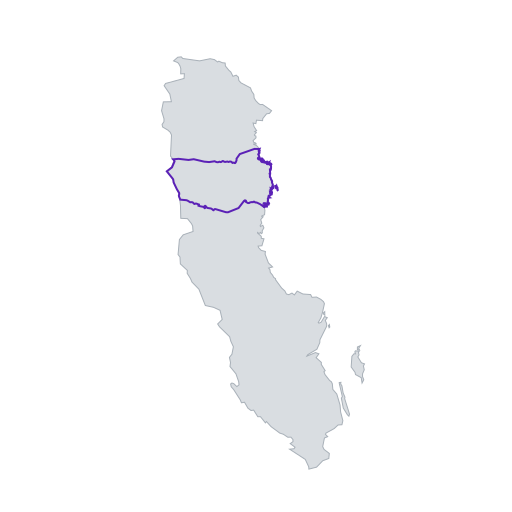 Västerbotten highlighted on a map of Sweden, rotated 325°
{"feature_id": "SWE-192", "entity_name": "Västerbotten", "entity_type": "County", "adm_level": 1, "iso_a3": "SWE", "parent_name": "Sweden", "parent_adm1": "", "projection": "orthographic", "projection_center": [19.633, 64.883], "detail": "fine", "context": "in_parent", "style": "outline", "palette": "violet", "viewbox_px": 512, "rotation_deg": 325, "n_neighbors": 0, "source": "natural_earth", "source_scale": "10m", "svg_char_len": 9454}
<svg xmlns="http://www.w3.org/2000/svg" viewBox="0 0 512 512"><g transform="rotate(325 256 256)"><path d="M164.6,347.9L165.4,352.0L168.2,351.8L169.7,349.1L172.0,341.0L171.3,331.6L174.0,328.7L176.1,323.8L179.9,322.7L185.4,317.4L186.5,311.4L188.1,307.0L185.5,293.1L185.6,289.7L191.9,288.6L195.4,279.9L191.8,273.7L186.1,267.5L190.2,250.4L188.6,240.7L189.4,236.8L189.7,230.7L191.5,228.4L189.5,219.1L193.1,213.3L193.0,210.1L202.7,198.6L208.5,196.9L218.5,199.8L221.3,195.1L221.7,192.4L221.3,186.1L216.0,182.0L223.1,171.3L228.7,160.8L230.4,150.3L231.9,145.8L231.6,135.4L237.8,134.7L243.6,130.8L243.3,125.1L256.2,108.4L256.7,105.4L256.0,102.3L253.5,96.8L254.5,94.4L257.6,93.2L259.3,90.9L262.0,82.8L268.5,76.6L275.2,81.1L278.3,73.9L278.4,63.8L280.9,62.8L298.9,69.3L301.9,65.6L298.8,63.6L301.8,59.5L302.7,57.0L303.0,54.1L302.8,52.6L300.4,48.9L305.9,48.3L309.0,50.0L309.3,52.2L321.7,63.8L331.6,68.1L334.6,71.3L335.8,75.0L337.3,75.1L339.3,78.4L341.4,80.2L339.9,82.8L340.3,88.3L340.9,90.8L340.2,95.6L343.5,96.5L344.2,99.4L342.6,102.4L343.0,105.6L347.9,115.1L347.0,118.4L346.9,122.4L345.1,125.5L344.9,128.6L345.5,132.5L346.3,134.4L348.3,135.6L352.1,145.9L348.8,146.9L346.2,145.6L340.4,147.3L339.0,148.9L334.3,145.0L331.8,147.5L329.9,145.4L328.6,148.9L328.4,153.7L326.3,153.3L327.1,155.1L324.2,155.8L324.0,156.6L324.7,157.7L323.8,159.2L319.8,159.8L319.3,161.4L320.5,163.2L320.5,164.3L317.9,162.7L319.8,166.0L320.2,168.5L314.8,178.5L316.7,181.0L318.4,186.5L320.1,189.0L319.5,191.6L313.6,197.9L310.4,207.6L302.8,214.0L298.9,215.6L296.2,220.2L293.2,218.8L293.1,221.4L291.2,219.7L289.5,223.7L286.7,227.1L283.7,226.5L283.3,227.1L284.3,228.0L280.7,228.9L279.6,232.4L277.0,233.3L276.5,234.4L279.2,234.7L278.6,237.5L275.5,238.9L274.4,240.7L273.0,240.7L273.3,239.3L271.3,239.3L270.8,237.6L270.4,238.0L271.6,242.8L270.5,244.6L272.4,246.5L266.7,251.0L263.4,249.1L262.9,250.5L263.5,254.4L266.3,257.7L264.5,259.7L262.2,268.8L263.3,274.5L259.4,273.1L259.6,275.2L258.3,277.6L258.6,281.3L258.2,283.6L259.0,285.8L258.4,286.8L258.6,296.9L259.6,301.2L259.1,304.6L260.7,306.5L264.2,307.0L265.1,309.9L269.6,308.4L272.6,314.0L278.6,318.9L278.2,322.0L282.0,324.3L284.2,328.6L285.1,332.1L284.7,334.3L278.5,340.0L273.7,343.9L268.8,346.2L269.0,347.1L271.4,347.6L277.4,344.9L279.0,347.4L275.8,348.5L275.1,351.8L273.7,354.0L260.3,361.3L258.5,363.6L252.4,367.3L241.8,366.5L240.2,367.2L249.3,369.2L251.4,372.2L246.9,373.8L248.5,380.6L247.3,382.2L246.9,389.6L245.3,389.7L244.5,392.7L244.9,400.2L245.6,402.3L245.2,404.5L242.4,409.4L243.0,415.4L239.4,426.2L235.8,432.4L232.7,440.7L229.6,443.5L226.3,441.5L221.1,442.2L211.8,441.2L210.6,441.9L211.1,445.1L207.7,444.3L201.3,450.4L200.8,453.5L202.8,459.8L199.5,463.6L193.2,462.0L184.5,463.7L177.1,460.9L178.3,458.9L179.7,450.9L172.7,433.5L176.6,435.7L178.3,435.0L176.4,429.3L179.8,429.3L181.0,427.5L180.7,424.4L178.1,422.7L176.1,417.6L173.9,414.7L170.5,404.5L169.6,397.6L168.0,398.1L167.5,390.2L165.3,388.7L165.7,380.9L163.3,379.7L162.1,376.0L162.7,369.2L159.9,367.9L160.6,364.7L161.1,352.7L160.7,348.9L161.8,346.3L163.4,346.2L164.6,347.9ZM285.9,393.2L284.5,393.9L283.7,396.1L281.5,397.1L281.1,403.9L283.0,406.6L280.9,407.7L279.4,411.3L275.7,413.6L274.1,415.9L273.3,419.2L270.0,420.9L272.4,416.0L269.5,410.2L270.4,408.1L270.3,401.5L277.0,393.2L280.1,392.3L281.4,393.2L282.0,391.2L283.0,390.7L285.9,393.2ZM241.9,439.2L240.2,440.5L239.8,438.4L240.3,430.6L244.4,421.4L246.1,420.7L251.1,408.2L251.6,407.4L253.1,408.2L252.0,409.3L251.9,411.6L248.8,418.2L247.9,422.6L246.8,423.7L241.9,439.2ZM287.2,390.5L286.9,392.5L285.3,390.9L286.9,388.7L290.1,389.3L287.2,390.5ZM280.4,341.0L278.4,344.0L278.0,342.7L278.4,341.3L280.4,341.0ZM275.7,356.5L274.7,356.7L275.4,354.6L276.8,354.2L275.7,356.5Z" fill="#d9dde1" stroke="#a8b0b8" stroke-width="1"/><path d="M226.3,166.4L226.4,166.1L227.0,163.3L227.3,162.6L227.6,162.1L228.7,161.2L229.2,160.3L229.3,158.9L229.4,157.3L229.5,155.8L230.7,148.6L230.9,148.1L231.9,146.2L232.1,145.6L232.1,144.3L231.5,135.5L238.0,135.2L243.5,131.8L243.7,131.4L243.7,130.8L243.7,129.8L243.6,129.3L248.3,132.0L255.8,138.6L260.5,141.0L267.7,149.0L271.5,152.2L276.3,154.6L276.5,154.7L276.8,155.3L277.4,156.2L278.0,156.9L278.7,157.4L280.1,157.8L280.8,158.7L281.3,159.0L283.1,159.1L283.3,159.2L283.5,159.4L283.9,160.3L284.6,161.2L286.7,162.2L287.4,163.2L288.7,163.6L289.5,164.2L289.8,164.7L290.0,165.2L290.1,166.2L290.3,166.4L290.7,166.4L291.1,166.6L291.8,167.2L291.8,167.6L292.0,167.8L292.3,167.9L292.6,167.8L293.4,167.5L295.0,166.4L295.9,165.1L301.2,163.2L316.2,167.4L319.9,170.1L320.4,170.3L320.1,170.5L319.0,170.5L318.9,170.7L319.0,171.2L319.4,171.8L319.0,172.2L318.9,172.2L318.5,172.0L318.3,172.0L318.2,172.4L317.8,172.9L317.8,173.2L318.0,173.5L317.8,173.7L316.2,173.9L316.1,174.0L316.2,174.6L316.1,174.9L315.9,175.4L315.7,175.6L315.7,176.5L315.5,176.8L315.2,177.1L315.3,177.6L315.1,177.8L314.7,178.0L314.4,178.0L314.2,177.9L314.1,177.6L314.1,177.2L313.8,176.9L313.6,177.0L313.5,177.3L313.4,177.8L313.5,178.1L313.7,178.3L314.1,178.5L314.0,178.9L314.3,179.2L314.5,179.3L315.0,179.3L315.8,179.0L316.7,179.4L317.0,179.7L317.1,180.1L316.9,180.3L316.3,180.2L316.0,180.3L316.3,180.8L316.5,181.2L317.2,181.8L317.2,182.0L316.9,182.0L316.9,182.4L317.1,182.6L317.1,182.8L316.7,182.7L316.1,182.0L315.8,181.8L315.5,181.6L315.2,181.1L314.9,180.8L314.6,180.9L314.5,181.3L314.5,181.8L314.7,182.3L314.9,182.7L315.3,182.8L315.7,182.8L316.1,183.0L316.4,183.5L316.1,183.6L316.2,183.8L316.3,184.2L316.6,184.3L317.0,184.4L317.1,184.5L317.3,185.1L317.5,185.2L317.7,185.7L317.8,185.8L317.9,185.7L318.0,185.5L317.9,185.4L318.0,185.0L318.0,184.7L318.3,184.7L318.6,185.1L318.9,185.7L319.2,185.9L319.3,185.2L319.5,185.3L319.6,186.1L319.8,186.5L320.0,186.7L320.2,186.8L320.5,186.8L320.1,187.1L319.9,187.2L319.7,187.1L319.4,186.5L319.3,186.4L318.7,187.0L318.3,187.2L318.1,186.9L318.1,186.7L317.9,186.6L317.8,186.9L318.0,187.0L318.3,187.6L318.5,187.7L318.8,187.4L319.3,187.3L319.5,187.4L319.5,187.5L319.7,188.3L319.5,188.7L319.6,189.1L319.7,189.3L320.0,189.3L320.1,189.2L320.3,188.8L320.3,188.7L320.9,188.9L320.8,188.4L321.0,188.4L321.1,188.6L321.2,188.9L321.3,189.3L321.2,189.6L320.9,189.6L320.5,190.0L320.2,190.3L319.4,191.8L318.8,192.4L318.6,192.8L318.3,193.1L318.0,192.8L317.7,192.4L317.5,192.1L317.6,192.6L317.5,193.2L317.6,193.3L317.7,193.6L317.2,194.0L316.9,194.1L316.7,194.0L316.6,193.8L314.9,196.6L314.4,196.4L314.3,196.6L314.0,197.5L313.0,198.8L312.7,199.4L312.9,200.0L312.8,200.5L312.3,201.8L312.2,202.4L312.3,202.3L312.3,202.7L312.3,202.8L312.2,202.9L312.2,203.0L312.2,203.7L312.1,204.0L311.9,204.2L311.7,204.5L311.4,204.7L311.2,205.2L310.7,207.2L310.6,207.5L309.9,208.2L309.3,208.2L309.2,208.4L309.1,208.8L309.2,209.0L309.4,209.0L309.7,209.0L309.4,209.7L309.2,210.0L308.8,209.3L308.6,209.1L308.4,209.0L307.7,209.8L307.7,210.2L307.6,210.4L307.4,210.5L307.3,210.3L307.4,210.0L307.4,209.7L307.2,209.5L306.9,209.0L306.2,210.6L306.0,210.9L305.7,210.7L305.7,211.0L305.7,211.6L305.8,212.4L305.7,212.8L305.6,213.1L305.4,213.4L305.3,213.5L305.0,213.4L304.9,213.2L304.9,212.8L305.0,212.3L305.0,212.0L304.8,211.6L304.7,211.3L304.5,211.2L304.4,211.6L304.4,213.5L304.3,214.3L304.1,214.3L303.9,214.1L303.7,213.8L303.7,213.4L303.9,212.6L303.9,212.2L303.9,211.8L303.7,212.2L303.4,212.9L303.3,213.7L303.4,214.4L303.0,214.3L302.1,214.4L301.7,214.6L301.4,214.1L301.1,213.9L300.8,214.0L300.5,214.2L300.3,214.5L300.2,214.9L300.2,215.3L300.5,215.9L299.4,215.4L299.2,215.4L299.0,215.6L298.5,215.9L298.4,216.0L298.2,216.8L297.7,217.3L297.1,217.8L296.7,218.3L296.6,218.6L296.9,219.4L296.9,220.1L296.9,220.3L296.6,220.4L295.9,221.1L295.1,220.8L295.1,220.3L295.1,220.0L295.1,219.7L294.7,219.5L294.8,219.1L294.6,218.9L294.3,218.4L293.6,218.1L293.4,217.9L293.1,217.4L292.8,217.2L292.5,217.2L292.1,217.6L292.4,217.9L292.8,218.0L292.6,218.8L292.7,219.0L293.1,219.1L293.5,219.5L293.1,219.8L292.7,219.9L292.7,220.0L293.3,221.1L293.4,221.3L293.4,221.7L293.3,221.8L293.0,221.6L292.6,221.2L291.4,219.7L291.1,219.5L291.4,220.8L291.1,220.9L290.9,220.6L290.6,220.4L290.6,220.1L289.2,216.1L287.5,213.0L287.0,212.4L286.7,212.1L286.1,211.7L285.9,211.1L285.8,210.7L285.5,210.3L285.2,210.2L284.7,210.2L284.4,210.2L284.1,210.0L283.8,209.6L283.5,209.4L282.9,209.2L282.2,208.8L282.0,208.7L281.0,208.7L280.7,208.6L279.9,208.1L279.7,207.8L279.6,207.7L279.5,207.4L278.7,205.7L278.7,205.4L279.2,205.4L279.3,205.3L279.4,205.1L279.4,204.8L279.2,204.4L278.7,204.0L277.8,204.0L269.2,206.7L258.1,204.1L256.5,202.9L249.9,194.6L249.4,194.1L249.0,193.9L248.5,193.9L247.5,194.2L247.3,194.0L247.1,193.3L246.8,192.1L246.4,191.3L243.9,188.9L243.6,188.3L243.5,187.6L243.4,186.4L243.3,186.0L243.1,185.7L242.5,185.7L242.2,186.5L242.0,187.4L241.6,187.5L241.4,187.4L241.3,186.8L241.3,186.3L241.2,186.1L241.0,185.6L240.7,185.2L238.6,183.0L238.4,182.6L237.9,182.1L237.7,181.8L237.9,181.6L238.7,181.2L238.8,181.1L238.5,180.7L238.2,180.5L237.9,179.9L237.6,179.4L237.4,179.1L236.9,178.6L236.4,178.3L235.6,178.2L235.3,177.9L235.2,177.4L235.0,176.3L234.9,175.8L234.6,175.4L234.4,175.2L233.9,174.8L233.3,174.5L232.9,174.2L232.1,172.3L231.8,171.6L231.6,171.2L230.9,170.3L226.3,166.4ZM312.2,211.2L312.4,211.0L312.8,210.5L313.0,210.4L312.9,210.7L312.9,210.8L312.9,211.0L312.8,211.3L312.8,211.9L312.8,212.2L312.7,212.6L312.3,213.0L312.1,213.0L311.9,213.2L311.8,212.9L312.1,211.4L312.2,211.2ZM311.5,210.7L311.8,209.7L312.3,209.8L312.6,210.4L311.9,211.1L312.0,210.9L311.9,210.5L311.5,210.7ZM312.0,213.7L311.9,214.0L311.6,214.5L311.4,214.5L311.4,214.2L311.9,213.4L311.9,213.5L312.0,213.7Z" fill="none" stroke="#5b21b6" stroke-width="2"/></g></svg>